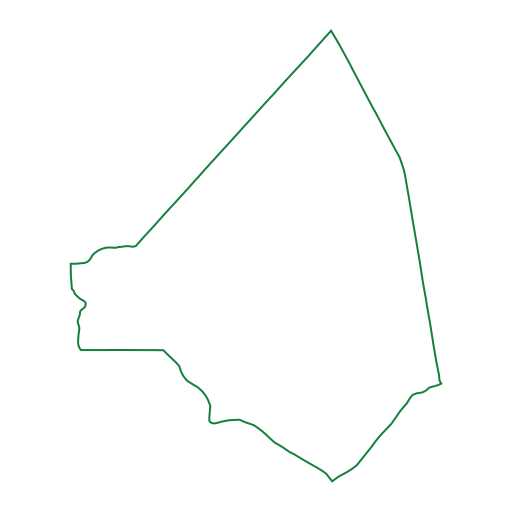 Dujis, North-Eastern, Kenya (Mercator projection)
{"feature_id": "3690345B59068653601742", "entity_name": "Dujis", "entity_type": "district", "adm_level": 2, "iso_a3": "KEN", "parent_name": "Kenya", "parent_adm1": "North-Eastern", "projection": "mercator", "projection_center": [39.729, -0.425], "detail": "fine", "context": "isolated", "style": "outline", "palette": "green", "viewbox_px": 512, "rotation_deg": 0, "n_neighbors": 0, "source": "geoboundaries", "source_scale": "gbopen_adm2", "svg_char_len": 3573}
<svg xmlns="http://www.w3.org/2000/svg" viewBox="0 0 512 512"><path d="M70.7,263.8L70.9,276.2L71.9,289.0L73.1,290.0L73.9,291.3L74.3,292.6L74.9,293.8L75.7,294.8L76.7,295.8L77.6,296.6L78.9,297.8L80.4,299.0L81.7,299.8L82.8,300.3L84.5,301.3L85.5,302.7L85.6,303.9L85.6,305.3L84.9,306.7L84.0,308.0L82.7,308.9L81.2,310.0L80.2,311.3L80.0,312.7L79.9,314.0L79.6,315.4L79.0,317.3L78.5,318.5L78.1,319.5L77.7,321.0L77.8,322.4L78.2,323.9L78.8,325.7L79.2,327.1L79.3,328.5L79.2,330.0L79.0,331.7L78.8,333.2L78.5,334.7L78.4,336.7L78.3,338.2L78.2,339.3L78.1,341.0L78.1,343.2L78.4,344.9L78.7,346.2L79.4,347.8L80.2,349.2L81.0,350.1L122.1,350.0L163.3,350.2L164.8,351.7L166.2,353.1L170.1,356.9L174.0,360.6L175.4,361.9L176.7,363.2L178.1,364.8L179.4,366.4L180.0,368.3L180.6,370.2L181.2,371.9L182.0,373.5L183.0,375.3L184.0,377.0L185.6,378.9L187.2,380.8L189.2,382.1L191.3,383.4L194.5,385.4L197.8,387.3L199.9,389.2L202.0,391.1L203.7,393.2L205.4,395.3L206.5,397.2L207.6,399.0L208.4,401.0L209.2,403.1L209.7,404.2L210.3,405.7L210.2,406.9L210.1,408.2L209.9,410.8L209.7,413.0L209.5,414.9L209.4,416.9L209.3,418.3L209.3,419.7L209.4,421.1L210.2,422.1L211.4,422.8L212.9,423.3L214.7,423.4L217.1,422.9L219.2,422.4L221.2,421.8L223.2,421.3L226.0,420.8L228.8,420.3L232.9,420.0L237.1,419.8L238.8,419.7L240.2,420.0L242.0,420.8L243.7,421.6L245.4,422.3L247.2,422.9L249.6,423.7L252.0,424.5L253.1,425.0L254.1,425.4L255.2,426.0L256.1,426.7L257.6,427.8L259.1,428.8L260.6,430.0L262.1,431.1L263.2,432.1L264.3,433.1L265.7,434.3L267.1,435.6L268.1,436.6L269.2,437.6L271.7,439.9L274.2,442.2L275.3,442.9L279.0,445.0L282.3,447.0L286.1,449.6L290.2,452.4L292.1,453.3L293.6,454.0L295.2,454.9L296.8,455.9L299.8,457.7L302.7,459.5L307.4,462.2L312.2,464.9L314.8,466.4L317.5,467.9L319.1,468.9L320.7,469.9L322.7,471.2L324.6,472.5L325.7,473.3L326.7,474.3L327.9,475.9L329.2,477.6L330.1,478.7L331.1,479.9L332.2,481.3L338.8,476.4L343.1,474.2L347.4,471.8L352.4,468.6L356.9,465.1L371.4,447.0L375.2,441.7L380.6,435.1L391.3,423.9L396.4,416.6L399.3,412.3L402.1,408.7L406.8,403.4L409.8,398.4L412.6,394.9L416.7,393.3L422.1,392.5L425.3,391.0L429.5,387.5L434.0,386.3L437.8,385.2L441.3,383.6L439.6,380.8L439.0,375.1L437.7,368.5L435.9,359.3L433.5,345.1L430.0,322.9L426.7,304.4L426.1,300.0L422.9,282.1L419.4,259.6L415.5,236.9L411.7,214.5L408.7,196.3L404.8,174.1L403.7,169.3L399.6,157.3L395.0,149.0L384.1,128.8L375.8,112.9L373.3,108.6L361.3,86.0L352.8,69.8L349.8,63.9L338.9,43.9L331.1,30.7L326.4,35.9L325.4,37.0L319.4,43.7L318.6,44.6L316.4,47.1L312.5,51.4L308.2,56.3L297.2,68.1L284.7,81.7L273.5,94.2L264.7,103.7L253.1,116.5L242.6,128.0L239.6,131.4L231.0,140.9L219.1,153.9L215.5,157.9L213.2,160.4L212.3,161.4L211.4,162.3L209.2,164.8L206.6,167.7L205.8,168.5L204.3,170.1L197.8,177.6L196.8,178.6L193.9,181.8L188.6,187.8L187.8,188.8L186.8,189.8L184.7,192.0L183.9,193.0L183.0,194.0L180.7,196.5L177.4,200.1L176.3,201.3L174.3,203.5L173.1,204.8L171.9,206.0L169.4,208.7L168.5,209.7L167.7,210.7L166.8,211.7L165.9,212.6L163.9,214.8L161.3,217.7L154.7,225.1L148.1,232.3L147.3,233.2L144.9,235.8L140.7,240.5L139.1,242.3L138.0,243.4L137.3,244.3L136.2,245.7L133.9,246.7L132.2,246.7L129.6,246.3L128.5,246.2L126.9,246.2L125.3,246.2L124.0,246.4L122.0,246.8L120.2,246.9L118.9,247.0L117.8,247.2L116.5,247.6L115.2,247.8L113.8,247.7L112.3,247.6L109.1,247.5L107.9,247.5L106.5,247.7L105.2,247.9L103.8,248.3L101.8,248.9L100.8,249.3L98.6,250.4L97.4,251.1L95.2,252.7L94.3,253.4L93.2,254.4L92.1,255.8L91.3,257.4L90.5,258.7L89.8,259.7L88.9,260.6L87.9,261.5L85.8,262.6L83.8,263.0L82.7,263.1L80.6,263.3L79.5,263.4L77.1,263.7L70.7,263.8Z" fill="none" stroke="#15803d" stroke-width="2"/></svg>